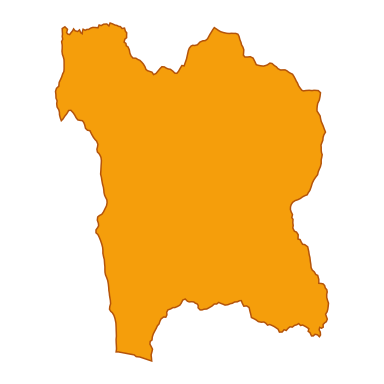 Nova Olinda, Tocantins, Brazil
{"feature_id": "56859067B86492414525481", "entity_name": "Nova Olinda", "entity_type": "district", "adm_level": 2, "iso_a3": "BRA", "parent_name": "Brazil", "parent_adm1": "Tocantins", "projection": "equal_earth", "projection_center": [-48.366, -7.652], "detail": "fine", "context": "isolated", "style": "filled", "palette": "amber", "viewbox_px": 384, "rotation_deg": 0, "n_neighbors": 0, "source": "geoboundaries", "source_scale": "gbopen_adm2", "svg_char_len": 5568}
<svg xmlns="http://www.w3.org/2000/svg" viewBox="0 0 384 384"><path d="M61.3,120.7L63.0,119.0L64.7,116.3L66.5,114.1L67.6,112.4L68.6,110.5L70.9,110.3L73.2,112.8L74.8,115.2L76.1,117.7L77.8,119.9L80.1,120.4L82.4,120.7L83.7,122.4L84.7,124.9L85.5,128.3L87.4,130.2L89.9,130.7L91.6,134.2L93.5,137.5L95.2,139.7L96.6,141.1L97.9,144.3L97.5,146.9L96.9,149.2L97.4,152.0L99.0,153.6L100.1,155.4L101.0,157.5L101.4,160.5L101.3,162.9L101.1,165.8L100.9,170.1L100.6,174.1L101.4,177.3L101.9,180.6L102.5,184.0L103.4,187.3L103.8,190.1L104.0,192.6L104.6,195.2L105.6,197.4L106.9,199.9L107.1,202.7L106.5,205.8L104.8,209.2L103.5,211.9L101.8,214.3L99.3,215.6L97.7,217.0L97.3,220.1L98.4,223.3L98.6,225.9L97.5,227.8L96.0,229.9L96.0,232.8L97.8,234.4L99.1,236.9L100.6,240.6L101.8,244.2L102.6,247.3L102.9,250.1L102.9,253.3L103.5,256.4L104.3,259.5L104.6,264.0L104.9,266.8L104.9,269.4L105.0,272.2L105.5,274.8L106.7,277.7L107.7,280.5L108.3,283.8L108.7,287.5L108.9,290.6L109.3,293.0L109.5,295.3L109.9,297.7L110.4,300.7L110.6,303.8L109.8,306.5L109.5,309.3L110.8,311.4L112.3,312.7L113.9,315.3L115.0,318.6L115.9,322.9L116.1,326.8L116.2,330.2L116.3,333.0L116.4,336.1L116.1,339.4L116.2,342.6L116.4,346.0L116.5,349.1L116.1,351.9L118.3,351.9L134.2,354.9L136.2,356.6L139.8,357.0L151.7,361.0L151.5,358.3L151.1,354.9L152.0,351.6L152.5,349.2L151.5,347.1L149.9,344.1L150.2,341.4L152.0,340.0L152.3,337.0L153.3,333.9L154.9,330.8L156.3,328.2L157.3,325.9L159.0,324.0L159.9,321.3L161.0,319.0L163.6,317.0L165.8,317.2L166.9,314.9L166.7,312.2L167.9,309.9L170.7,308.9L172.9,307.6L174.8,307.6L177.4,306.5L179.8,305.2L181.2,303.2L182.7,300.1L185.2,299.0L187.4,301.2L189.2,301.9L191.5,301.7L193.7,301.9L195.3,303.2L197.0,303.8L198.2,305.4L198.1,307.8L200.1,309.9L202.1,309.9L204.1,309.2L206.8,309.0L209.3,307.6L211.9,306.1L214.3,304.0L216.7,304.0L218.7,302.4L220.6,303.3L222.8,304.1L225.0,305.1L227.9,304.7L230.3,303.7L232.3,303.3L234.6,302.0L237.4,301.8L239.6,300.7L241.3,300.6L242.3,303.3L243.8,306.2L246.6,305.9L249.1,307.5L249.9,311.0L250.8,314.5L251.4,317.5L254.3,318.9L256.2,320.0L258.3,321.6L261.3,322.2L263.9,322.0L265.7,323.1L267.5,325.1L269.8,324.5L272.3,325.6L274.1,326.5L276.1,327.8L278.1,329.2L279.4,332.1L282.2,332.0L284.1,329.7L286.2,330.5L288.4,328.0L290.0,326.8L292.3,327.1L294.5,325.4L296.7,324.8L298.7,323.6L300.6,325.5L302.6,325.0L304.5,326.0L306.5,327.1L308.8,328.7L308.2,331.4L309.9,332.5L311.5,335.9L313.3,335.9L315.0,334.3L317.5,334.8L319.4,336.7L320.5,335.0L320.3,332.1L319.1,329.8L319.7,327.4L321.5,328.2L323.2,327.2L323.1,324.5L324.8,322.7L326.3,321.7L327.3,319.1L326.4,316.6L325.6,314.1L327.1,311.8L327.8,309.2L328.2,306.3L328.5,303.2L327.5,300.3L326.7,297.4L326.7,294.2L327.2,292.0L326.8,289.7L325.3,288.0L324.6,285.5L323.1,283.9L321.2,283.5L318.8,283.3L318.8,279.4L317.7,275.4L315.8,274.5L314.4,272.0L312.2,270.0L311.1,267.6L310.8,264.3L310.3,261.1L309.9,257.5L309.2,254.7L308.7,251.3L307.7,246.8L304.7,244.6L302.6,244.3L301.3,242.2L300.1,239.6L298.0,239.0L298.2,234.7L296.5,232.1L294.4,231.2L292.8,228.0L293.2,225.5L292.8,222.8L293.0,219.3L291.8,217.6L292.5,214.6L291.1,211.8L290.4,209.5L290.5,206.8L291.2,204.6L292.6,202.4L295.1,200.6L297.9,199.7L300.5,198.4L302.5,196.9L305.0,195.6L307.2,194.8L308.2,192.8L309.9,190.3L311.2,186.7L312.3,183.0L313.9,179.8L315.6,177.3L317.6,174.7L318.2,171.9L319.2,169.4L320.4,166.7L321.2,163.5L321.2,159.9L321.8,157.1L322.2,154.7L321.5,152.6L321.2,150.3L321.2,147.4L321.0,145.1L321.8,142.9L322.8,140.3L323.1,137.3L323.9,134.8L325.5,132.1L324.1,128.6L323.2,126.0L322.2,123.7L321.2,121.4L320.5,118.3L320.1,115.9L318.5,113.3L317.0,111.0L317.0,108.6L317.2,106.3L317.7,103.4L319.3,100.0L320.0,96.7L320.5,92.7L318.3,90.6L316.0,90.4L314.0,90.3L312.0,90.6L309.2,90.3L306.0,90.5L303.5,90.9L301.8,90.3L300.3,88.3L298.6,85.9L297.4,82.9L296.3,81.2L295.4,79.2L293.9,76.4L292.5,74.2L290.6,73.3L288.7,72.2L286.9,70.8L285.1,69.9L282.9,69.9L280.5,70.0L278.0,68.7L276.3,66.8L274.4,65.6L272.0,63.5L269.9,63.1L267.5,64.8L265.7,65.5L263.5,66.1L260.8,65.8L258.3,65.3L256.3,64.7L254.9,61.7L253.1,58.1L250.3,56.7L247.6,57.0L244.9,57.0L243.4,55.2L243.6,52.6L243.8,49.8L242.9,47.1L241.6,44.9L241.0,42.5L239.9,39.7L239.0,36.3L237.9,34.2L235.7,33.4L233.5,33.4L231.4,33.3L229.3,33.5L226.8,33.3L223.6,32.6L220.7,31.7L218.6,30.5L216.7,29.2L214.3,27.6L212.8,29.7L211.2,32.4L210.1,34.1L209.0,36.1L207.5,38.9L205.3,40.6L202.8,40.8L199.9,42.1L197.4,44.8L194.7,45.5L192.7,45.3L191.0,46.1L189.3,48.2L188.4,50.5L186.5,59.0L184.1,65.9L181.9,65.5L180.2,68.3L178.6,71.2L176.9,73.3L174.9,73.2L172.8,71.1L170.4,69.3L168.4,69.0L166.6,68.3L164.3,66.9L161.9,66.7L160.2,68.4L158.3,70.7L156.0,73.5L153.6,74.6L152.0,72.2L147.6,70.7L146.0,69.5L144.9,66.6L143.4,64.1L141.7,62.1L139.8,60.3L137.9,59.5L135.9,58.2L133.0,58.1L131.1,56.0L129.9,53.2L129.3,49.9L128.0,46.9L126.3,45.8L125.9,43.4L124.1,42.1L124.8,39.2L126.6,37.7L126.6,35.4L126.7,32.8L125.4,31.2L124.5,28.1L122.0,28.5L120.4,26.6L118.7,26.4L116.9,25.4L115.1,25.1L112.6,23.9L110.1,23.0L108.9,25.9L106.8,24.0L103.6,24.2L101.2,25.6L99.1,25.0L98.0,27.8L95.4,27.5L92.8,27.4L90.7,28.1L88.7,29.4L86.9,29.4L85.1,30.3L83.1,29.2L82.4,31.4L82.2,33.7L80.7,32.7L79.5,29.9L77.6,31.5L75.1,30.8L73.6,28.9L72.6,30.8L71.1,32.6L69.6,34.6L67.8,34.1L66.6,32.6L67.5,29.3L64.9,26.8L62.2,28.5L62.3,31.2L62.5,34.1L62.2,36.5L62.7,39.2L61.6,41.7L62.2,45.0L62.2,48.2L62.0,51.3L62.4,54.4L63.3,56.9L64.0,59.6L64.1,62.2L64.1,65.6L64.1,68.9L63.9,71.5L62.7,73.8L61.7,76.9L60.5,79.6L59.2,82.3L58.8,86.2L56.5,88.3L55.5,91.4L55.9,94.6L56.0,98.1L57.1,100.8L56.7,103.7L57.1,107.0L58.8,109.8L59.4,112.1L59.5,114.8L60.3,117.9L61.3,120.7Z" fill="#f59e0b" stroke="#b45309" stroke-width="1.5"/></svg>